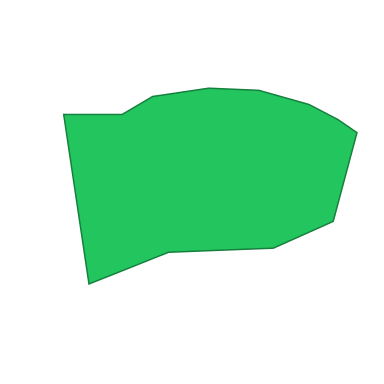 Al Bayda City, Al Bayda', Yemen, rotated 105°
{"feature_id": "15242507B46514992266380", "entity_name": "Al Bayda City", "entity_type": "district", "adm_level": 2, "iso_a3": "YEM", "parent_name": "Yemen", "parent_adm1": "Al Bayda'", "projection": "natural_earth1", "projection_center": [45.571, 13.982], "detail": "fine", "context": "isolated", "style": "filled", "palette": "green", "viewbox_px": 384, "rotation_deg": 105, "n_neighbors": 0, "source": "geoboundaries", "source_scale": "gbopen_adm2", "svg_char_len": 340}
<svg xmlns="http://www.w3.org/2000/svg" viewBox="0 0 384 384"><g transform="rotate(105 192 192)"><path d="M183.8,48.0L92.0,48.0L84.3,69.7L77.2,101.6L76.5,153.5L77.6,158.7L87.4,202.7L109.9,254.7L135.2,279.6L150.3,336.0L307.5,267.7L256.3,199.1L240.5,148.3L225.2,98.9L183.8,48.0Z" fill="#22c55e" stroke="#15803d" stroke-width="1.5"/></g></svg>